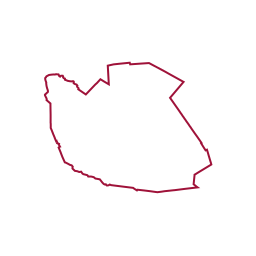 the district of Nava, Coahuila, Mexico, rotated 237°
{"feature_id": "50627088B13414539887729", "entity_name": "Nava", "entity_type": "district", "adm_level": 2, "iso_a3": "MEX", "parent_name": "Mexico", "parent_adm1": "Coahuila", "projection": "orthographic", "projection_center": [-100.575, 28.492], "detail": "fine", "context": "isolated", "style": "outline", "palette": "rose", "viewbox_px": 256, "rotation_deg": 237, "n_neighbors": 0, "source": "geoboundaries", "source_scale": "gbopen_adm2", "svg_char_len": 3372}
<svg xmlns="http://www.w3.org/2000/svg" viewBox="0 0 256 256"><g transform="rotate(237 128 128)"><path d="M40.3,154.0L42.1,153.3L42.3,153.3L45.1,152.4L52.3,158.2L52.6,158.4L52.5,160.0L52.5,161.5L52.0,178.0L53.8,178.6L55.6,179.1L56.3,179.3L60.0,180.4L60.4,180.5L64.0,181.6L66.8,182.4L67.0,180.9L70.0,180.9L75.4,181.0L75.4,181.5L76.6,181.5L82.9,181.3L87.0,181.1L92.9,180.9L93.8,180.9L94.2,180.9L94.7,180.9L95.1,180.9L95.4,180.8L96.0,180.8L96.4,180.8L96.7,180.8L97.2,180.8L97.7,180.8L97.8,180.8L100.2,180.7L102.0,180.6L102.4,180.6L102.9,180.6L103.1,180.6L103.8,180.6L104.2,180.6L104.6,180.5L104.9,180.5L105.2,180.5L105.9,180.5L106.5,180.5L107.0,180.5L107.7,180.4L108.0,180.4L108.3,180.4L108.8,180.4L109.6,180.4L110.6,180.4L111.7,180.3L112.1,180.3L113.1,180.3L113.4,180.3L122.0,180.0L130.4,179.7L136.4,199.7L151.8,191.5L154.9,189.9L171.0,181.0L171.8,179.6L175.1,173.7L180.2,164.5L181.8,165.0L183.4,161.9L186.5,155.9L189.2,150.6L191.3,145.0L175.1,135.7L179.7,133.4L182.7,132.0L183.9,131.4L182.6,126.4L182.3,124.3L179.1,110.9L187.5,107.4L187.9,108.0L188.4,108.2L189.9,107.8L190.8,108.0L191.1,108.6L192.5,108.5L193.5,107.6L195.1,106.8L196.2,107.7L196.9,107.7L197.4,107.1L197.5,106.5L198.8,104.8L200.4,103.1L202.2,101.9L202.5,101.5L202.9,101.5L203.8,102.0L204.8,101.2L206.0,101.2L206.5,101.7L207.4,101.7L208.3,100.3L208.3,99.5L208.1,99.0L208.9,98.6L210.5,98.9L210.8,98.9L211.0,98.6L211.3,98.1L211.7,97.7L211.9,97.4L212.2,97.1L212.3,96.9L212.5,96.4L212.5,96.2L212.6,95.9L213.1,95.2L213.8,94.1L214.5,92.7L215.0,91.7L215.4,90.8L215.5,90.6L215.5,90.4L215.6,89.5L215.6,88.9L215.7,88.4L215.7,87.8L215.7,87.6L215.6,87.4L215.2,86.8L215.2,86.6L215.1,86.2L215.0,85.8L214.3,85.3L213.3,84.9L212.7,84.7L212.3,84.6L211.0,84.3L210.8,84.3L210.3,83.9L209.6,83.5L207.7,82.6L206.6,82.2L205.0,81.7L204.1,81.5L203.2,81.2L202.6,81.0L202.1,80.6L201.8,80.3L201.7,80.0L201.7,79.3L201.6,78.7L201.4,78.1L201.4,77.9L201.3,76.9L201.2,76.6L201.1,76.4L200.7,76.2L198.4,75.9L197.2,75.8L197.0,75.7L196.4,75.4L196.2,75.3L196.0,75.2L195.9,75.2L195.7,74.9L190.8,76.3L188.6,74.9L185.9,73.2L181.4,70.4L179.7,69.3L175.4,66.5L174.5,65.9L174.0,65.7L173.7,65.5L173.0,65.1L171.6,64.2L170.1,63.2L168.2,62.9L165.3,62.3L165.1,62.2L164.6,62.2L163.9,62.0L163.5,61.9L162.2,61.7L159.5,61.2L159.4,61.1L159.2,61.1L158.7,61.0L158.2,60.9L157.8,60.8L157.3,60.7L157.2,60.7L156.9,60.7L156.5,60.6L156.0,60.5L156.0,61.0L155.7,60.9L155.4,60.9L155.2,60.9L154.6,60.8L154.0,60.8L153.9,60.8L153.8,60.6L153.7,60.4L153.3,60.7L153.0,60.9L152.9,61.0L152.4,61.4L152.3,61.2L152.2,61.0L151.7,60.9L151.4,60.9L151.4,61.0L151.0,60.9L149.7,60.8L149.4,60.8L149.6,60.1L149.4,59.5L149.4,59.2L144.0,58.2L143.7,58.1L139.4,57.2L133.6,56.3L133.2,56.7L131.9,57.5L130.5,58.3L128.6,59.3L127.4,60.4L125.7,60.6L124.6,59.5L123.9,59.4L123.2,59.6L121.0,60.1L119.4,61.9L117.7,63.1L117.4,63.7L116.9,64.9L114.6,65.0L113.6,65.4L113.3,65.7L110.7,68.1L110.0,68.3L109.0,68.2L107.4,70.6L106.6,71.4L105.4,72.5L103.4,73.1L102.3,74.3L100.3,76.4L96.0,76.8L94.6,77.1L94.4,77.1L93.3,77.7L93.1,78.2L92.9,78.7L92.7,78.7L92.0,78.7L91.5,78.9L91.3,79.1L91.2,79.1L90.8,79.9L90.7,80.1L90.5,80.7L90.5,81.9L89.3,82.7L80.7,92.9L75.0,99.7L74.7,99.8L73.6,100.2L70.8,101.5L71.1,102.3L67.0,107.3L62.8,112.3L59.5,116.1L58.4,117.4L58.2,117.6L58.1,117.8L56.4,121.3L55.1,124.2L52.9,128.5L51.3,131.7L50.6,133.0L50.3,133.6L45.6,143.3L40.3,154.0Z" fill="none" stroke="#9f1239" stroke-width="2"/></g></svg>